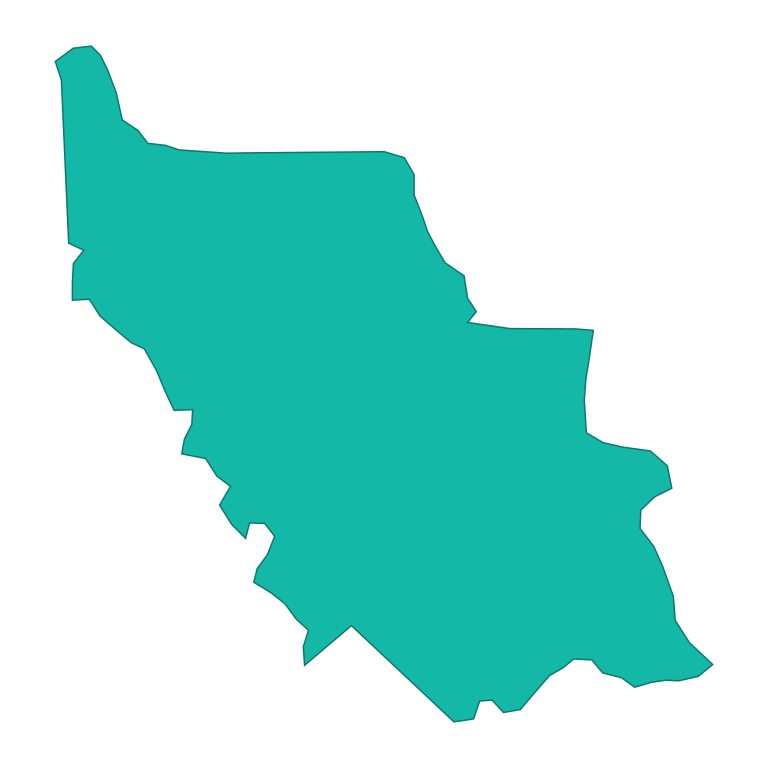 Doutor Ricardo, Rio Grande do Sul, Brazil (orthographic projection)
{"feature_id": "56859067B19078379689297", "entity_name": "Doutor Ricardo", "entity_type": "district", "adm_level": 2, "iso_a3": "BRA", "parent_name": "Brazil", "parent_adm1": "Rio Grande do Sul", "projection": "orthographic", "projection_center": [-51.977, -29.086], "detail": "fine", "context": "isolated", "style": "filled", "palette": "teal", "viewbox_px": 768, "rotation_deg": 0, "n_neighbors": 0, "source": "geoboundaries", "source_scale": "gbopen_adm2", "svg_char_len": 1349}
<svg xmlns="http://www.w3.org/2000/svg" viewBox="0 0 768 768"><path d="M55.3,61.5L61.4,80.0L68.7,243.2L83.8,250.2L73.4,263.5L72.4,282.3L72.4,300.2L89.3,299.2L100.2,316.2L119.0,332.5L131.4,342.8L144.4,348.9L156.6,370.7L165.3,391.6L174.1,410.3L192.6,409.7L191.8,424.6L184.4,439.1L181.8,453.9L205.6,458.5L217.0,476.3L230.5,486.3L219.6,505.1L231.8,524.5L245.6,538.4L249.5,523.0L264.6,523.3L274.7,536.3L267.3,554.8L257.2,568.7L253.8,582.3L271.2,592.9L285.0,603.8L296.4,619.3L308.5,630.2L303.3,646.8L304.6,665.3L351.4,625.6L454.0,721.9L473.6,718.9L479.7,701.0L492.1,700.1L503.5,712.5L520.4,709.5L533.4,694.1L549.8,675.3L563.2,667.7L573.6,659.0L591.8,659.9L602.7,672.9L621.7,677.8L634.7,687.2L651.6,682.3L665.6,680.2L678.8,680.8L698.4,676.3L712.7,664.5L689.4,642.7L675.2,620.3L673.3,596.3L663.0,567.3L653.8,546.4L640.0,528.5L640.8,510.0L654.9,496.7L671.8,488.2L667.3,465.8L650.4,451.0L621.8,447.0L602.8,442.5L586.4,432.8L584.3,400.4L585.9,378.6L589.0,360.1L591.2,344.9L593.3,330.4L575.5,328.9L509.9,328.6L467.6,322.5L476.3,311.6L467.6,298.3L464.1,275.9L445.1,262.8L435.8,247.1L427.6,231.6L422.8,217.4L414.1,195.0L414.1,174.7L404.3,157.7L384.2,151.7L246.8,152.9L226.9,153.2L178.7,149.9L165.8,145.4L147.8,143.3L138.0,130.5L122.3,120.0L116.2,92.7L108.0,70.9L100.6,55.5L91.3,46.1L73.3,48.2L55.3,61.5Z" fill="#14b8a6" stroke="#0f766e" stroke-width="1.5"/></svg>